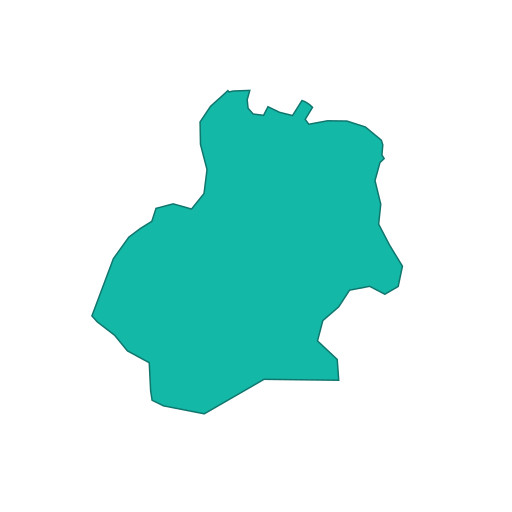 an SVG outline of Edineţ, rotated 143°
{"feature_id": "MDA-1615", "entity_name": "Edineţ", "entity_type": "District", "adm_level": 1, "iso_a3": "MDA", "parent_name": "Moldova", "parent_adm1": "", "projection": "equal_earth", "projection_center": [27.238, 48.122], "detail": "fine", "context": "isolated", "style": "filled", "palette": "teal", "viewbox_px": 512, "rotation_deg": 143, "n_neighbors": 0, "source": "natural_earth", "source_scale": "10m", "svg_char_len": 934}
<svg xmlns="http://www.w3.org/2000/svg" viewBox="0 0 512 512"><g transform="rotate(143 256 256)"><path d="M125.7,352.5L124.2,350.1L123.0,347.3L122.0,344.2L121.4,340.7L134.5,335.5L134.5,329.4L117.6,321.0L102.2,309.1L91.0,293.2L86.2,273.0L87.9,268.4L94.7,260.8L95.0,256.7L100.8,256.0L115.6,244.6L125.2,222.3L138.9,207.6L142.8,184.1L145.2,159.7L160.8,146.1L176.1,147.9L183.5,163.4L201.8,172.4L220.6,165.6L241.5,164.2L258.0,151.2L253.4,124.5L264.7,107.0L323.8,152.7L392.3,161.1L420.0,191.9L425.8,203.3L421.3,211.7L405.5,235.0L415.8,257.6L416.6,277.7L422.4,298.8L423.1,306.9L371.5,339.7L346.2,347.6L331.9,347.6L318.3,346.4L307.2,354.2L290.8,347.5L279.2,332.3L259.9,337.2L243.1,354.5L233.2,378.5L220.0,396.7L202.2,402.9L183.9,404.5L178.9,405.0L178.9,403.3L174.8,401.4L161.3,392.0L169.0,386.1L173.4,378.8L172.8,371.1L165.3,363.8L156.6,368.0L150.8,356.7L142.3,346.2L125.7,352.5Z" fill="#14b8a6" stroke="#0f766e" stroke-width="1.5"/></g></svg>